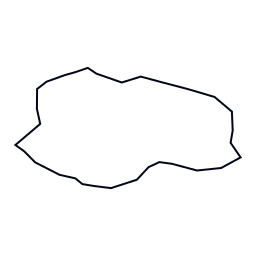 Mifi, Ouest, Cameroon (orthographic projection)
{"feature_id": "32672807B3469332008383", "entity_name": "Mifi", "entity_type": "district", "adm_level": 2, "iso_a3": "CMR", "parent_name": "Cameroon", "parent_adm1": "Ouest", "projection": "orthographic", "projection_center": [10.435, 5.537], "detail": "fine", "context": "isolated", "style": "outline", "palette": "ink", "viewbox_px": 256, "rotation_deg": 0, "n_neighbors": 0, "source": "geoboundaries", "source_scale": "gbopen_adm2", "svg_char_len": 495}
<svg xmlns="http://www.w3.org/2000/svg" viewBox="0 0 256 256"><path d="M15.4,145.0L24.2,151.3L35.2,162.4L59.5,174.8L75.4,178.4L82.4,184.1L94.7,186.1L111.1,188.1L136.9,179.7L148.6,167.1L159.4,162.1L171.9,163.8L197.0,170.5L221.1,168.0L240.6,157.4L230.6,142.8L232.7,130.5L231.9,111.6L214.6,97.0L188.6,89.3L184.9,88.3L163.1,82.6L140.7,76.6L121.8,82.5L96.5,73.7L87.8,67.9L74.8,72.3L64.6,75.2L46.5,81.7L37.1,89.0L36.9,108.8L40.2,123.9L15.4,145.0Z" fill="none" stroke="#020617" stroke-width="2"/></svg>